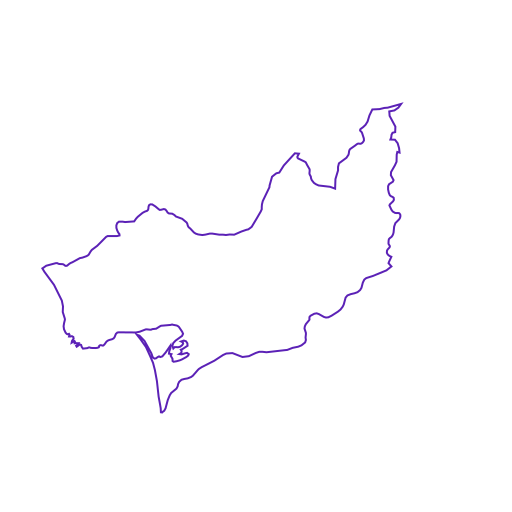 the border of Magdalena, rotated 239°
{"feature_id": "COL-1416", "entity_name": "Magdalena", "entity_type": "Department", "adm_level": 1, "iso_a3": "COL", "parent_name": "Colombia", "parent_adm1": "", "projection": "robinson", "projection_center": [-74.235, 10.123], "detail": "fine", "context": "isolated", "style": "outline", "palette": "violet", "viewbox_px": 512, "rotation_deg": 239, "n_neighbors": 0, "source": "natural_earth", "source_scale": "10m", "svg_char_len": 5408}
<svg xmlns="http://www.w3.org/2000/svg" viewBox="0 0 512 512"><g transform="rotate(239 256 256)"><path d="M170.6,97.6L170.5,95.9L170.2,95.0L171.0,94.0L174.6,95.9L177.9,97.2L185.6,100.1L199.7,106.6L210.3,110.6L217.4,112.7L224.8,113.7L234.6,114.8L244.1,114.1L249.8,113.4L247.7,115.1L240.6,116.7L226.7,116.2L225.0,115.9L223.4,115.5L221.9,115.4L220.3,116.2L219.8,117.6L220.0,119.5L219.9,121.2L218.7,121.9L218.2,124.0L219.8,128.8L223.3,136.5L221.1,135.2L219.0,132.6L217.1,131.1L215.4,133.0L214.4,131.5L211.0,131.5L208.9,130.4L207.8,130.9L206.7,133.7L205.8,137.0L205.5,139.2L205.3,144.2L205.6,146.6L206.5,147.8L208.5,147.0L209.3,144.4L210.0,141.5L211.4,139.8L211.4,141.5L211.9,142.6L212.9,143.3L214.4,143.3L214.1,144.9L214.3,151.1L216.5,152.2L218.9,152.1L220.7,150.6L221.3,147.8L219.7,148.8L218.4,148.4L217.6,146.8L217.3,144.3L217.9,142.2L219.0,140.7L219.8,139.3L219.3,137.5L222.2,138.1L224.0,140.3L224.9,143.5L225.6,151.5L226.9,153.4L229.1,153.7L234.8,153.4L235.8,153.1L237.2,152.3L239.9,149.3L240.5,148.8L240.9,147.3L245.1,138.7L245.2,137.6L245.1,133.0L246.7,129.5L246.9,128.1L247.4,127.2L249.4,124.6L249.9,123.6L251.0,117.3L252.3,113.7L261.3,99.0L261.8,97.7L261.4,95.8L259.3,93.0L258.7,91.5L258.8,89.7L259.6,86.9L259.8,85.3L259.6,83.7L258.3,80.7L257.9,79.1L258.1,78.5L259.5,77.1L259.8,76.3L259.7,75.3L259.3,74.9L258.9,74.6L258.7,74.1L259.1,72.4L259.9,70.8L261.8,67.8L262.5,66.9L263.2,66.4L263.7,65.7L263.9,64.0L265.7,60.0L268.0,59.8L269.8,60.3L270.9,59.5L270.6,55.6L271.7,55.6L271.8,56.6L272.0,57.3L272.7,58.9L274.2,56.5L274.6,55.6L275.1,55.9L275.4,56.0L275.7,56.6L276.6,56.6L276.6,53.3L278.0,54.6L279.1,57.1L280.7,57.7L282.1,56.9L282.7,55.2L283.3,54.3L284.5,55.6L285.6,55.6L285.8,54.4L286.4,53.8L287.3,53.5L288.4,53.3L292.1,53.7L294.9,54.9L297.3,56.9L299.8,59.4L300.9,59.9L307.5,61.5L312.2,64.6L317.8,66.6L335.3,68.0L351.5,66.5L355.4,66.5L355.4,67.0L355.7,71.2L353.0,80.6L352.3,81.9L351.2,82.6L350.5,83.2L348.7,85.9L348.0,86.6L347.1,87.0L345.8,87.5L345.3,88.2L345.0,89.2L345.4,91.5L345.5,93.3L345.2,95.4L344.9,103.9L344.0,106.4L343.2,110.4L343.1,112.0L343.3,113.3L345.0,116.4L345.8,118.4L346.5,125.2L349.6,137.4L349.5,139.1L344.7,147.1L343.9,149.6L345.1,150.2L347.1,150.0L349.5,150.2L352.0,150.8L354.2,152.1L355.7,154.0L356.0,156.2L354.0,159.5L352.5,161.3L348.4,169.4L349.8,172.5L350.5,174.9L351.4,181.0L351.3,183.5L350.8,186.0L351.2,187.3L352.1,188.2L353.4,189.1L354.6,190.4L354.7,192.0L353.7,193.6L350.3,195.3L346.2,196.7L345.1,197.2L344.5,198.5L343.7,201.2L342.5,202.3L340.5,202.6L338.8,202.6L337.3,203.3L335.4,206.0L333.1,207.2L331.1,207.7L325.9,211.9L320.4,213.8L318.9,213.7L317.7,213.3L316.6,213.1L315.3,213.1L313.4,213.8L308.2,214.9L306.3,215.8L304.3,217.5L301.6,220.8L300.4,223.6L299.0,227.9L297.6,230.2L293.2,235.5L291.0,239.1L289.5,241.0L288.0,244.5L285.5,248.3L284.5,256.1L283.4,261.3L282.8,263.1L283.0,265.5L283.2,267.3L287.9,276.1L291.7,283.0L293.1,285.0L295.1,286.2L297.2,287.7L299.6,290.1L308.0,302.9L309.5,304.0L315.7,310.6L316.3,315.0L316.4,316.1L315.5,318.9L319.3,326.5L324.0,342.2L321.6,345.5L320.8,344.2L320.4,343.5L319.8,342.6L319.0,342.2L318.0,342.3L311.9,346.3L310.7,346.9L309.0,346.8L308.0,346.7L302.7,346.6L301.4,345.9L299.4,344.4L298.3,344.0L295.9,343.9L294.5,343.3L293.2,343.0L292.2,342.9L288.9,343.3L286.7,344.3L284.2,346.0L277.2,355.1L273.0,358.5L281.0,363.7L287.1,370.4L290.1,372.2L292.7,374.8L293.6,384.1L295.2,387.5L296.5,388.7L297.8,389.7L298.7,390.7L299.2,391.9L299.6,397.7L299.8,399.2L299.9,400.4L299.8,401.2L299.5,401.9L298.9,402.6L298.3,403.5L298.2,404.3L298.2,405.0L298.4,405.9L298.8,407.0L299.5,408.1L301.3,409.0L306.9,410.3L308.2,410.3L309.3,409.9L310.3,410.0L311.0,411.0L311.3,414.2L312.0,417.4L313.8,420.9L318.1,425.7L321.7,431.2L318.3,437.5L316.8,442.3L315.3,445.3L311.6,458.7L309.8,454.4L309.5,449.6L311.3,444.7L307.3,442.7L295.1,442.1L290.5,439.1L291.3,436.5L290.1,434.6L288.0,433.0L286.6,431.2L284.1,435.0L279.7,435.5L274.8,434.2L270.7,432.3L272.4,430.7L270.4,428.8L264.4,425.0L262.2,421.8L258.4,415.0L255.8,413.2L250.2,413.0L249.2,411.6L249.0,407.0L247.8,405.2L245.0,403.5L241.8,402.4L239.1,402.0L237.5,402.6L236.3,403.5L235.0,404.0L233.1,403.1L232.3,401.7L231.3,397.3L230.6,396.4L226.0,395.9L223.7,396.1L221.3,397.4L220.4,398.6L219.7,399.9L218.9,400.8L217.3,401.0L215.9,400.4L214.6,399.2L213.7,397.6L212.4,392.4L210.1,389.6L205.4,386.1L204.3,385.0L203.3,383.6L202.6,382.0L202.4,380.0L202.0,378.6L200.9,377.6L198.5,376.0L197.8,375.8L195.9,375.9L195.0,375.5L194.5,374.6L193.8,372.2L193.1,371.0L191.3,369.8L189.4,369.7L187.4,370.4L185.6,371.6L182.7,367.3L181.6,365.9L177.3,366.7L176.5,360.4L178.7,345.8L180.3,339.1L180.0,336.7L178.2,333.9L174.4,330.0L173.2,327.7L172.7,324.4L173.3,321.3L174.5,317.6L175.1,314.1L174.2,311.4L169.2,306.2L167.9,304.2L166.6,300.9L166.1,297.5L165.9,290.0L166.2,286.4L167.2,284.3L168.7,282.9L173.8,280.0L175.6,278.5L176.5,276.2L176.7,272.0L176.2,270.5L175.2,269.7L174.2,269.3L173.7,268.7L171.9,263.6L170.6,261.7L169.7,260.9L168.8,260.2L164.5,259.2L163.4,258.6L160.6,256.5L158.3,255.5L156.6,253.6L156.0,249.0L156.5,245.5L158.4,240.1L159.4,234.4L160.4,232.3L168.1,215.4L170.4,212.4L172.2,209.5L173.0,205.9L173.8,198.3L176.4,192.4L184.9,185.8L187.7,180.3L188.1,176.8L187.7,166.3L188.7,152.3L188.6,149.0L188.3,147.6L185.9,140.2L185.7,138.1L186.3,134.4L187.5,131.3L188.3,128.4L187.7,125.3L186.3,123.2L184.6,121.7L183.3,119.5L182.3,112.8L181.1,110.4L177.9,106.1L172.0,100.0L170.6,97.6Z" fill="none" stroke="#5b21b6" stroke-width="2"/></g></svg>